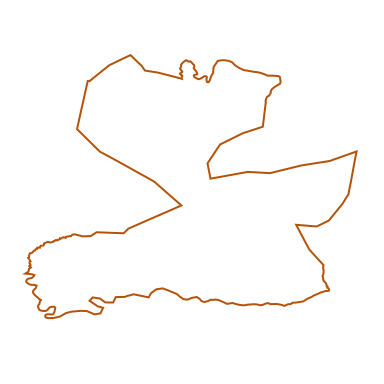 Ixpantepec Nieves, Oaxaca, Mexico (Equal Earth projection), rotated 93°
{"feature_id": "50627088B88531455891117", "entity_name": "Ixpantepec Nieves", "entity_type": "district", "adm_level": 2, "iso_a3": "MEX", "parent_name": "Mexico", "parent_adm1": "Oaxaca", "projection": "equal_earth", "projection_center": [-98.013, 17.504], "detail": "fine", "context": "isolated", "style": "outline", "palette": "amber", "viewbox_px": 384, "rotation_deg": 93, "n_neighbors": 0, "source": "geoboundaries", "source_scale": "gbopen_adm2", "svg_char_len": 4954}
<svg xmlns="http://www.w3.org/2000/svg" viewBox="0 0 384 384"><g transform="rotate(93 192 192)"><path d="M135.2,310.1L138.3,306.6L153.7,289.3L156.7,285.8L160.8,277.0L168.8,260.4L178.4,240.9L178.6,240.4L183.6,230.3L206.0,201.9L220.8,231.5L228.5,246.8L232.1,253.9L232.8,254.4L236.8,258.1L237.2,285.2L241.3,290.8L241.7,295.1L242.0,299.1L241.3,302.3L240.6,305.9L240.4,307.1L240.8,308.2L240.8,309.2L242.5,310.8L242.4,311.5L242.4,311.9L242.9,312.9L243.1,314.7L243.6,315.7L244.4,315.8L244.1,317.0L243.9,318.2L245.2,320.0L245.1,321.4L245.9,321.4L246.2,322.0L246.4,322.4L246.7,322.9L246.7,323.8L247.4,324.0L247.2,325.7L247.9,326.4L248.2,327.5L248.7,327.7L248.9,327.8L249.9,330.9L249.3,333.4L251.2,337.1L252.3,337.0L253.3,337.8L253.6,340.2L254.6,341.0L255.5,340.9L255.7,343.7L256.9,343.7L257.3,345.1L258.7,345.7L259.0,347.0L260.5,347.9L261.4,349.0L261.7,350.7L263.9,351.4L265.5,351.3L266.4,352.2L268.5,350.4L269.7,349.6L270.4,350.5L271.5,350.6L273.4,349.4L274.4,350.6L275.7,348.9L277.2,350.7L278.8,350.9L280.3,351.3L282.2,354.2L282.5,348.1L283.1,345.1L284.8,345.8L286.1,347.4L287.3,351.2L288.2,352.3L289.4,352.9L290.4,352.8L291.6,351.6L292.6,349.8L293.1,347.6L293.0,345.2L293.2,343.4L293.7,342.3L294.5,342.5L295.4,342.8L296.3,343.2L297.0,343.8L297.8,344.6L298.7,345.3L299.6,345.6L300.5,345.5L301.4,345.1L302.0,344.7L303.1,343.6L304.1,342.5L304.7,341.6L305.5,340.5L306.9,339.0L307.8,337.2L309.2,338.1L310.4,338.4L311.7,338.4L313.0,339.4L314.1,339.8L315.4,339.5L316.7,338.8L317.5,338.4L318.2,337.0L318.4,336.0L318.5,335.0L318.6,334.1L318.5,333.0L318.3,331.6L317.2,330.1L314.8,328.2L314.2,327.0L313.9,325.4L313.8,323.8L314.5,322.6L315.7,322.5L317.0,322.8L318.9,323.1L321.4,324.3L321.7,326.0L321.6,328.3L321.7,330.2L322.1,331.3L322.9,332.0L324.3,332.0L324.9,331.4L325.5,329.3L325.0,323.3L323.3,317.4L319.4,311.3L317.8,306.0L316.5,296.9L316.4,290.9L319.3,282.8L318.0,277.1L312.3,274.7L311.1,280.1L306.0,288.6L302.5,285.6L303.2,278.4L306.8,272.8L306.5,265.0L300.9,262.6L300.3,253.7L299.3,251.5L297.2,244.9L298.3,237.6L299.5,229.8L295.1,227.5L291.0,222.5L289.8,216.1L291.6,210.5L294.6,201.9L296.7,199.2L298.0,197.4L298.1,196.9L299.4,195.2L299.8,191.6L299.1,189.3L297.9,187.0L297.7,186.3L297.3,184.7L296.9,183.0L296.6,181.7L297.3,180.6L298.2,179.0L298.8,178.3L300.6,176.6L301.2,174.0L300.3,170.8L298.7,167.8L298.6,165.1L298.2,162.9L298.5,160.0L299.4,157.4L300.5,154.5L301.9,151.2L301.2,148.1L300.7,145.7L301.2,144.0L302.0,140.3L302.3,137.6L302.5,134.3L301.6,130.5L301.3,127.9L300.8,124.5L300.9,120.8L301.5,118.4L301.2,115.9L299.7,112.8L299.0,110.8L299.4,108.9L299.9,107.7L299.7,105.7L299.4,101.5L299.8,98.0L300.2,96.0L300.9,93.8L300.5,93.0L299.3,90.8L299.0,89.7L298.8,87.6L297.8,86.5L297.2,85.2L297.1,83.1L295.5,75.4L295.1,74.7L292.2,70.7L291.7,69.3L290.3,66.8L289.1,65.1L285.2,57.2L284.0,53.6L283.5,50.3L282.3,50.0L281.2,50.5L280.4,51.9L279.4,51.7L278.8,52.7L277.8,52.6L277.3,53.0L276.2,53.3L273.8,56.0L273.2,55.9L272.3,56.5L270.4,56.7L268.8,57.3L267.4,56.5L262.9,56.5L261.0,57.2L258.2,56.8L243.5,71.7L234.8,77.0L219.3,86.2L219.9,66.3L219.9,65.6L213.3,53.8L196.0,41.2L186.0,35.6L177.5,34.5L177.2,34.4L173.9,33.9L156.6,31.7L150.0,30.8L142.9,29.8L153.8,56.1L159.8,84.4L169.1,115.2L169.0,137.3L177.7,174.2L162.6,178.0L150.2,170.7L149.4,170.2L145.8,168.1L145.0,167.6L143.1,166.5L142.0,164.5L141.2,163.1L140.5,161.9L139.9,160.8L137.9,157.2L130.8,144.7L123.1,124.7L99.7,123.1L98.8,122.9L98.1,123.3L95.4,123.0L92.8,121.9L92.0,120.4L91.1,119.6L89.0,118.6L87.2,118.6L85.1,117.5L83.8,116.1L82.3,114.4L81.3,112.8L80.0,110.8L79.1,109.6L77.0,109.3L75.2,109.7L73.3,110.1L72.4,110.4L71.8,111.7L71.7,111.9L71.6,117.2L71.8,121.7L71.8,123.0L71.1,124.4L70.1,127.4L69.5,129.9L69.1,131.7L68.9,133.7L68.8,135.6L68.4,139.0L68.0,142.2L67.6,146.6L66.4,149.5L65.4,151.8L64.8,152.8L63.8,154.7L62.1,156.9L61.0,157.9L60.3,158.9L59.9,160.0L59.2,162.0L58.8,165.1L58.8,167.9L59.1,170.7L59.9,173.2L62.9,175.0L64.9,176.3L66.4,177.0L68.0,177.1L69.6,177.1L70.8,177.2L72.0,177.1L73.4,178.0L74.4,178.5L77.1,179.5L78.5,179.7L80.0,180.3L81.2,180.9L81.6,181.7L81.4,182.7L79.4,183.5L78.7,183.4L76.3,183.2L75.6,184.2L75.7,185.8L77.3,187.9L78.2,189.3L78.9,190.6L78.9,191.9L78.1,193.6L77.6,194.6L77.1,195.6L76.5,196.1L75.5,196.3L74.8,195.4L74.6,194.6L74.4,193.3L73.9,192.9L72.6,193.3L70.8,194.6L69.7,195.6L68.8,196.5L68.0,196.8L66.5,196.3L65.7,196.2L65.1,196.7L64.4,197.4L63.5,198.5L62.6,199.1L61.9,200.0L61.6,200.8L62.0,201.9L60.7,204.9L62.8,207.5L65.3,209.6L67.4,209.4L69.4,210.4L71.1,209.2L71.4,208.9L71.6,208.5L71.9,208.3L72.4,208.0L73.0,208.3L73.2,208.6L73.4,209.0L73.6,209.2L74.3,210.2L74.5,210.1L74.8,209.9L75.3,209.5L75.6,209.1L75.8,208.5L76.1,208.3L76.2,207.9L76.6,207.7L77.1,207.8L77.2,208.0L77.6,208.2L78.1,208.2L78.6,208.2L79.1,208.3L79.5,208.1L78.9,210.7L78.4,213.1L76.5,222.4L74.5,232.5L73.2,245.4L68.7,248.8L63.7,254.7L58.5,260.6L62.2,267.5L69.7,281.2L78.0,290.5L78.7,291.3L86.2,299.6L86.7,300.2L86.6,301.9L93.5,303.1L115.9,306.9L135.2,310.1Z" fill="none" stroke="#b45309" stroke-width="2"/></g></svg>